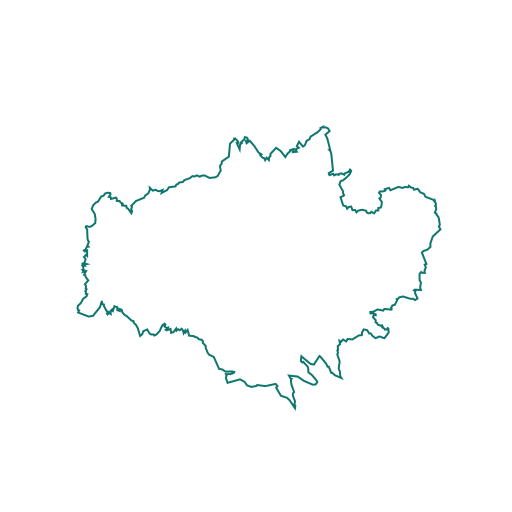 San Gabriel, Jalisco, Mexico, rotated 138°
{"feature_id": "50627088B86514421558272", "entity_name": "San Gabriel", "entity_type": "district", "adm_level": 2, "iso_a3": "MEX", "parent_name": "Mexico", "parent_adm1": "Jalisco", "projection": "equal_earth", "projection_center": [-103.749, 19.704], "detail": "fine", "context": "isolated", "style": "outline", "palette": "teal", "viewbox_px": 512, "rotation_deg": 138, "n_neighbors": 0, "source": "geoboundaries", "source_scale": "gbopen_adm2", "svg_char_len": 6131}
<svg xmlns="http://www.w3.org/2000/svg" viewBox="0 0 512 512"><g transform="rotate(138 256 256)"><path d="M362.0,180.8L350.4,175.0L348.7,170.1L349.2,165.8L347.1,161.9L342.8,159.2L341.4,159.3L336.2,153.1L327.0,147.8L327.1,144.9L329.1,144.7L331.0,135.5L327.9,129.9L327.5,126.5L328.9,116.8L327.0,118.4L326.6,120.3L324.3,121.7L322.0,127.7L320.5,129.1L318.7,129.4L315.5,137.2L312.6,141.0L311.8,141.0L312.2,142.0L311.5,145.1L305.7,138.5L304.0,131.3L300.0,122.5L297.8,120.7L294.9,121.2L294.3,123.1L294.1,129.9L294.9,134.5L292.2,137.8L291.6,139.6L291.7,145.7L292.7,145.8L293.0,147.8L289.4,151.1L287.7,139.3L285.6,136.6L275.8,139.2L275.5,138.3L275.9,129.1L276.9,125.9L276.0,125.0L278.3,118.8L277.5,118.3L277.2,114.7L274.2,108.2L273.8,110.3L271.2,113.6L269.9,117.0L264.4,121.6L261.5,128.4L259.8,129.3L258.6,131.5L257.8,131.3L255.6,134.3L252.6,134.2L250.7,137.1L250.3,135.3L247.2,135.7L246.1,132.2L243.4,133.0L240.2,129.5L232.8,128.2L230.3,126.4L228.2,128.3L225.1,129.4L223.0,126.5L223.7,122.7L222.6,121.7L222.9,118.6L222.1,114.9L218.1,113.6L215.6,109.0L208.7,110.3L206.2,113.5L206.4,114.3L207.8,113.7L209.4,115.1L209.1,115.7L209.9,118.4L209.1,118.6L208.8,120.4L210.0,120.7L211.4,123.6L210.9,125.1L211.5,126.7L210.0,128.2L210.0,132.3L208.2,133.2L206.6,131.9L206.1,132.6L207.3,135.0L209.3,136.7L208.6,137.9L205.6,135.9L201.5,135.0L198.0,130.3L196.1,130.8L191.2,125.5L190.4,126.1L190.3,127.1L187.6,128.0L185.7,126.8L181.2,128.4L180.3,129.8L179.3,129.1L177.4,129.5L173.9,127.6L169.9,120.9L167.9,119.1L167.3,116.8L164.4,116.4L162.6,122.1L161.1,123.2L161.6,124.8L160.6,124.8L156.2,120.4L155.3,122.5L151.1,126.1L150.7,128.4L146.5,133.2L144.0,133.6L143.8,132.5L141.9,130.5L140.6,132.3L137.3,134.0L136.4,136.7L134.7,136.1L130.4,147.6L128.1,147.7L124.8,146.1L120.3,146.0L118.1,148.6L111.6,152.2L101.1,152.4L100.4,155.5L98.5,156.2L95.0,161.5L94.3,163.2L94.3,165.6L93.6,166.5L94.1,168.5L90.5,170.4L89.2,172.4L89.4,173.4L87.8,173.7L86.0,177.7L86.8,177.4L86.7,179.3L90.4,186.5L89.6,189.9L91.3,193.3L90.9,197.8L94.2,199.5L93.7,201.3L95.1,203.5L95.4,205.9L97.0,205.3L99.2,207.6L101.6,208.6L104.0,212.1L112.1,214.9L111.6,217.6L115.6,219.5L116.0,218.1L117.6,218.5L121.0,221.1L122.3,220.6L122.3,217.6L124.3,216.0L125.8,216.2L126.3,212.0L129.1,209.4L130.8,208.5L133.1,209.8L134.6,208.0L136.3,209.5L139.7,208.7L140.7,211.7L142.4,211.4L143.8,212.5L144.6,214.1L143.9,215.9L146.0,219.2L149.8,221.4L152.1,221.2L151.6,223.9L153.6,225.5L152.2,229.1L154.2,230.3L156.6,230.2L155.8,232.5L157.4,235.1L153.9,243.1L150.0,242.1L149.1,244.8L148.1,245.7L146.3,253.3L143.1,255.0L140.5,254.0L136.4,253.8L131.5,254.1L128.3,255.6L128.3,257.3L130.6,256.5L134.9,258.0L136.0,257.3L137.4,260.4L139.6,261.5L140.2,261.0L141.8,263.1L144.0,263.6L143.6,265.4L147.3,267.0L146.5,268.9L141.7,267.9L131.8,281.4L130.6,283.7L130.5,285.4L130.1,284.9L129.6,285.7L124.3,295.8L123.3,299.7L117.7,299.6L117.1,302.6L118.2,305.0L120.4,306.9L119.9,307.2L122.5,308.0L123.2,306.9L127.1,306.8L135.6,308.2L138.1,307.0L141.4,307.7L145.1,305.8L147.4,305.7L147.9,305.9L147.6,312.1L152.2,310.3L151.8,307.8L155.5,308.8L155.9,306.2L159.1,308.5L156.5,310.3L159.7,311.8L159.9,311.0L164.1,311.0L168.0,309.9L167.4,317.4L168.7,322.9L177.0,322.2L178.5,320.5L180.1,320.6L182.3,318.7L182.3,321.9L185.1,321.1L184.4,323.2L185.3,324.6L185.3,328.3L184.0,328.0L184.9,331.3L183.7,338.4L183.5,345.8L187.5,346.1L186.6,348.2L184.7,347.2L183.6,349.0L183.7,350.4L184.9,351.8L186.6,350.4L190.6,350.6L191.3,350.3L191.1,349.4L193.2,349.5L196.8,346.2L194.7,352.8L193.4,351.9L192.8,352.9L192.8,357.2L193.7,357.9L194.3,357.1L200.1,356.9L209.7,348.0L218.2,349.1L219.6,347.7L222.5,347.0L225.1,343.1L231.0,341.1L233.6,341.7L238.2,345.0L240.4,350.4L243.1,352.3L244.7,352.5L246.0,355.5L248.3,356.1L249.8,357.9L253.1,358.1L258.4,360.3L260.7,359.9L264.1,362.1L265.4,361.6L267.4,362.4L269.3,361.6L274.6,365.3L278.0,364.5L284.0,366.0L281.3,367.6L284.3,368.7L285.5,370.0L286.4,372.5L288.9,373.6L289.3,377.8L290.6,376.1L294.4,374.6L297.9,375.1L300.2,374.2L308.5,377.2L315.1,376.7L315.2,375.6L317.5,374.3L318.0,372.3L320.0,371.2L319.4,376.8L319.9,378.5L318.8,380.1L321.7,383.1L321.2,383.8L320.5,383.3L320.0,384.5L320.9,386.3L320.6,388.3L322.6,390.1L321.1,391.8L321.0,393.2L325.6,395.4L324.7,396.7L325.8,398.4L322.8,399.2L322.2,400.4L324.3,402.6L326.4,403.4L328.9,402.8L331.3,403.8L337.1,402.1L339.4,402.9L343.2,402.6L346.6,400.9L347.7,395.2L350.5,390.8L353.5,388.0L358.5,388.2L360.5,389.3L362.0,391.7L363.2,391.6L363.8,388.6L369.4,381.9L370.5,379.9L370.6,378.4L374.3,376.6L374.3,375.1L375.5,376.0L378.4,374.9L380.2,375.3L380.2,373.9L377.8,373.1L381.4,369.1L381.5,370.6L384.5,370.4L384.7,367.7L388.5,365.6L387.2,363.3L388.9,364.3L389.0,366.0L389.7,366.3L389.8,363.4L391.0,364.5L390.8,365.7L391.5,365.3L391.6,363.8L393.3,361.4L393.1,360.1L394.3,361.4L394.4,360.2L395.2,359.9L392.6,358.5L396.4,357.0L395.8,355.8L396.6,354.4L397.0,350.1L402.0,349.5L402.6,347.1L404.2,346.0L404.1,344.7L406.3,344.2L406.4,343.1L407.8,341.8L406.9,340.5L409.1,339.4L412.9,339.9L417.7,338.2L421.6,338.1L423.4,336.8L424.4,335.0L423.9,333.9L426.0,333.0L420.9,323.0L417.2,320.6L406.1,322.4L400.6,325.7L402.4,323.1L401.5,321.7L402.4,320.8L403.8,315.4L403.2,313.3L405.2,313.1L405.4,311.9L403.3,312.1L402.8,310.1L400.9,312.5L400.1,312.5L399.5,311.2L398.8,312.6L397.3,312.4L397.4,311.9L394.8,313.4L393.4,310.8L395.3,308.6L394.0,306.3L392.9,308.0L391.8,306.0L393.1,303.2L393.0,299.6L392.4,298.5L391.7,291.3L390.6,289.5L391.5,288.2L391.3,285.0L392.2,281.3L395.6,274.1L392.9,274.0L390.1,275.5L386.0,274.2L386.9,269.6L386.5,268.0L384.4,265.9L384.7,264.9L382.6,264.3L377.8,264.7L372.0,267.2L369.2,266.8L369.2,265.7L371.1,265.0L370.7,262.4L369.2,261.7L370.9,260.7L372.3,261.3L372.1,260.5L368.3,259.0L370.5,255.7L368.4,254.7L363.9,255.5L365.0,253.7L362.9,253.7L362.4,251.9L359.9,251.7L360.1,249.5L361.4,247.0L358.6,248.0L359.4,246.3L356.3,246.8L359.0,241.5L355.7,237.9L355.7,236.9L354.2,234.7L354.2,232.4L352.4,230.1L352.4,228.4L353.7,227.0L353.5,223.0L354.9,221.3L356.7,216.2L356.9,214.0L354.9,209.3L359.0,196.7L357.1,194.5L356.0,190.4L351.0,186.2L349.8,184.4L350.9,184.0L354.2,185.5L357.4,188.3L357.8,186.9L359.9,185.6L362.0,180.8Z" fill="none" stroke="#0f766e" stroke-width="2"/></g></svg>